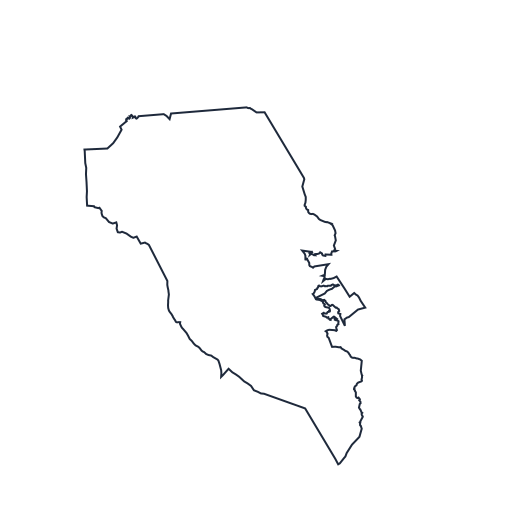 outline of Santo Tomás, México, Mexico, rotated 41°
{"feature_id": "50627088B97349809534472", "entity_name": "Santo Tomás", "entity_type": "district", "adm_level": 2, "iso_a3": "MEX", "parent_name": "Mexico", "parent_adm1": "México", "projection": "orthographic", "projection_center": [-100.273, 19.184], "detail": "fine", "context": "isolated", "style": "outline", "palette": "slate", "viewbox_px": 512, "rotation_deg": 41, "n_neighbors": 0, "source": "geoboundaries", "source_scale": "gbopen_adm2", "svg_char_len": 6055}
<svg xmlns="http://www.w3.org/2000/svg" viewBox="0 0 512 512"><g transform="rotate(41 256 256)"><path d="M151.4,150.0L98.4,204.2L101.0,209.4L96.6,209.0L93.3,209.5L75.7,227.5L75.9,228.1L75.9,228.6L75.9,229.8L75.7,230.7L75.4,230.8L75.0,230.9L74.5,230.8L73.9,230.5L73.3,230.0L73.2,229.2L72.8,231.3L72.3,232.4L71.8,231.5L68.7,231.2L69.0,231.4L69.6,232.1L69.9,232.3L69.9,232.9L69.8,233.2L69.1,233.5L69.9,234.1L70.3,234.7L70.3,235.5L69.8,235.7L68.8,235.6L68.6,235.7L68.9,236.4L68.3,237.1L68.3,237.9L69.0,238.0L69.2,239.0L69.9,239.1L68.5,247.5L71.7,248.9L73.5,257.4L74.2,264.5L73.3,272.4L56.7,288.2L58.0,289.3L66.2,297.9L70.1,300.9L74.0,305.8L79.7,311.5L86.0,318.1L89.5,322.6L95.5,328.8L101.1,324.7L102.1,325.1L105.6,323.3L106.2,322.3L110.0,323.2L111.1,324.8L112.2,325.6L113.9,326.6L115.7,326.7L117.9,326.0L122.8,326.8L126.6,325.5L128.5,322.3L131.0,324.0L132.8,326.8L136.1,328.7L138.0,327.5L139.0,325.6L143.6,324.0L149.0,323.5L151.5,322.7L153.2,319.6L160.9,322.3L163.4,318.7L164.8,318.5L166.0,318.1L166.9,318.0L167.9,317.9L205.5,333.0L208.0,336.0L209.7,337.4L212.4,339.4L213.2,340.2L215.5,342.2L219.0,347.4L219.8,348.2L221.9,350.9L223.9,352.9L225.9,354.2L226.9,354.6L227.7,354.8L230.7,355.4L231.7,355.8L232.5,356.0L233.1,356.4L235.6,357.2L237.2,357.6L238.6,358.2L239.1,358.2L239.5,358.1L240.1,357.7L241.1,356.6L242.2,355.7L242.7,356.5L243.2,357.1L246.1,358.4L247.5,358.8L248.8,358.9L254.1,359.7L257.0,360.7L260.4,362.1L262.9,362.2L264.2,362.4L265.3,362.7L267.2,363.0L269.1,363.1L272.0,362.4L273.0,362.4L274.2,362.5L276.5,363.0L277.1,363.1L278.6,363.0L279.8,362.6L281.6,362.6L282.6,362.7L285.1,361.9L287.6,360.5L289.9,360.4L294.9,359.4L296.2,359.6L299.3,361.4L304.7,365.1L306.7,367.1L309.0,370.1L309.2,367.5L309.3,359.1L314.4,359.3L318.5,358.6L322.4,358.2L329.4,358.4L333.1,357.7L337.5,357.3L342.5,358.7L346.5,357.3L349.9,356.5L352.4,354.7L393.1,338.8L449.0,357.1L454.7,359.3L455.3,357.5L455.0,350.7L455.0,348.7L453.7,345.2L452.2,335.4L452.7,324.6L449.1,317.0L446.5,315.4L445.8,315.5L445.3,315.2L444.6,314.2L443.4,313.6L443.5,313.1L443.7,312.8L443.2,312.2L442.1,307.4L441.8,307.0L441.4,306.9L440.9,306.9L440.3,306.6L439.8,306.3L439.4,306.0L439.1,305.6L439.1,304.7L438.0,304.7L437.1,304.2L435.4,303.4L435.1,303.5L433.2,302.9L431.4,299.6L431.5,298.5L430.3,297.4L428.6,297.2L428.4,296.0L426.3,295.6L426.1,296.4L424.9,296.9L423.5,296.5L420.8,293.4L419.0,292.9L418.8,292.5L418.1,292.3L417.4,292.3L416.9,291.6L417.0,291.0L416.6,290.8L416.4,290.3L416.2,289.5L416.6,287.8L416.6,287.5L416.1,286.6L416.0,286.0L416.1,285.1L416.1,284.8L416.2,284.4L417.7,281.7L417.9,281.1L417.8,280.7L417.7,280.5L416.6,279.9L415.8,278.2L414.6,276.9L414.6,276.5L413.6,276.2L410.3,273.8L404.6,265.7L402.7,265.7L401.9,265.9L401.4,266.2L400.1,266.6L399.2,267.3L397.7,267.9L396.8,268.4L396.2,269.1L395.1,269.7L393.4,269.8L392.1,269.1L391.0,269.0L389.9,268.5L389.4,268.5L388.4,268.3L387.6,268.3L386.8,268.5L385.7,269.0L384.2,269.1L381.1,269.7L380.4,269.4L379.7,269.3L379.4,269.4L378.8,270.3L375.5,272.3L373.0,274.7L364.6,270.1L362.8,270.1L361.7,269.2L361.0,267.7L360.7,267.5L360.2,267.5L359.3,266.9L358.0,267.0L358.6,265.2L359.7,263.6L363.9,260.5L365.7,259.9L365.7,258.8L364.8,258.4L363.1,257.1L363.0,256.0L363.1,255.3L363.0,255.1L362.5,254.5L362.9,253.3L362.5,253.1L361.1,251.1L360.1,251.2L359.5,251.2L358.9,251.8L358.2,252.1L357.3,252.4L356.9,251.9L356.6,251.8L357.7,250.4L354.8,250.5L354.4,250.8L353.7,254.7L354.2,255.3L353.5,255.7L352.3,255.4L351.7,255.7L350.7,254.8L349.9,256.0L348.6,256.0L346.1,257.2L345.3,256.7L343.8,256.2L344.4,254.4L345.3,254.5L347.1,253.1L346.8,251.3L347.6,250.4L347.2,249.8L348.0,249.2L347.5,248.5L346.0,247.5L345.1,247.2L342.0,248.9L341.1,249.1L340.1,248.8L339.8,247.5L338.7,247.4L338.0,247.6L337.0,247.1L336.5,246.7L335.5,246.7L332.9,247.4L331.3,248.4L330.5,249.0L329.6,249.3L326.3,248.0L323.8,247.5L324.1,246.8L323.7,244.4L322.8,243.0L323.7,240.9L323.3,240.0L323.5,239.2L322.7,237.8L322.9,237.1L323.4,237.3L325.3,236.0L326.6,233.9L328.0,233.6L328.2,233.1L329.6,232.1L329.7,231.3L332.0,229.3L332.0,228.4L332.7,227.0L334.1,226.8L336.0,225.5L336.4,224.1L337.1,223.6L337.8,223.8L336.5,226.3L335.4,227.2L334.8,231.2L334.1,232.1L333.1,234.1L332.4,235.9L332.5,239.2L328.8,248.0L330.1,248.4L332.7,246.3L333.5,246.0L334.9,245.9L336.3,244.4L336.9,244.9L337.7,244.3L339.1,245.1L340.8,245.1L341.6,245.4L343.7,245.2L344.0,245.3L344.8,245.1L345.1,244.8L345.3,243.2L345.9,242.6L350.1,242.7L350.5,242.4L350.7,242.0L351.4,242.1L351.9,242.1L353.4,241.9L354.9,242.9L354.8,243.8L354.8,244.4L355.4,245.1L355.8,245.3L357.7,244.4L358.8,246.1L368.9,250.4L364.3,245.8L365.1,242.7L366.1,241.3L368.1,229.5L372.3,223.3L364.5,221.2L360.9,219.7L358.6,219.2L356.5,219.6L354.4,219.5L353.4,225.3L344.2,222.5L330.3,218.6L329.1,221.7L327.3,224.4L326.8,224.6L325.5,226.4L323.7,227.5L323.1,231.0L322.3,229.0L322.0,227.3L321.4,227.0L321.0,226.2L319.0,227.4L319.6,226.2L320.6,225.6L319.2,223.6L317.2,221.0L316.1,217.9L316.1,214.6L306.9,225.6L306.7,227.4L305.6,227.5L303.3,228.3L302.2,227.9L300.7,226.3L297.1,225.0L296.3,224.5L295.7,224.8L295.6,225.3L296.1,226.8L293.0,223.3L291.1,222.3L287.3,221.6L295.2,216.5L294.7,215.8L295.7,216.3L294.7,217.4L293.9,217.8L294.3,218.7L295.3,218.4L295.9,219.8L296.1,218.6L296.4,218.1L297.9,217.5L299.2,217.4L300.2,216.6L299.5,216.4L299.3,215.8L301.0,214.2L301.9,212.9L302.2,211.4L302.1,211.1L304.2,210.8L305.0,211.5L306.3,211.6L308.3,210.4L307.5,209.2L307.9,208.9L312.1,205.6L311.1,204.6L310.4,202.6L312.5,200.8L313.0,200.3L313.4,199.3L312.4,200.0L311.3,200.2L311.1,198.8L307.9,197.0L306.0,191.9L302.5,189.1L301.8,188.8L301.1,186.6L299.0,184.9L293.6,182.5L292.4,182.5L291.6,182.6L291.7,182.1L287.3,183.8L287.1,184.2L285.5,185.1L281.0,186.6L279.2,186.8L276.2,186.1L273.0,186.4L271.3,186.9L270.2,188.1L268.8,188.8L267.7,188.8L266.5,188.5L265.2,187.1L264.7,187.3L263.8,187.5L262.9,187.3L261.8,186.7L261.3,186.1L259.8,186.2L259.2,185.6L258.3,183.3L256.8,181.1L254.8,178.8L252.3,177.5L245.4,173.2L242.1,166.4L240.9,165.6L168.2,141.9L162.2,147.3L156.7,147.9L155.2,148.3L154.3,148.3L153.5,149.2L152.6,149.7L151.4,150.0Z" fill="none" stroke="#1e293b" stroke-width="2"/></g></svg>